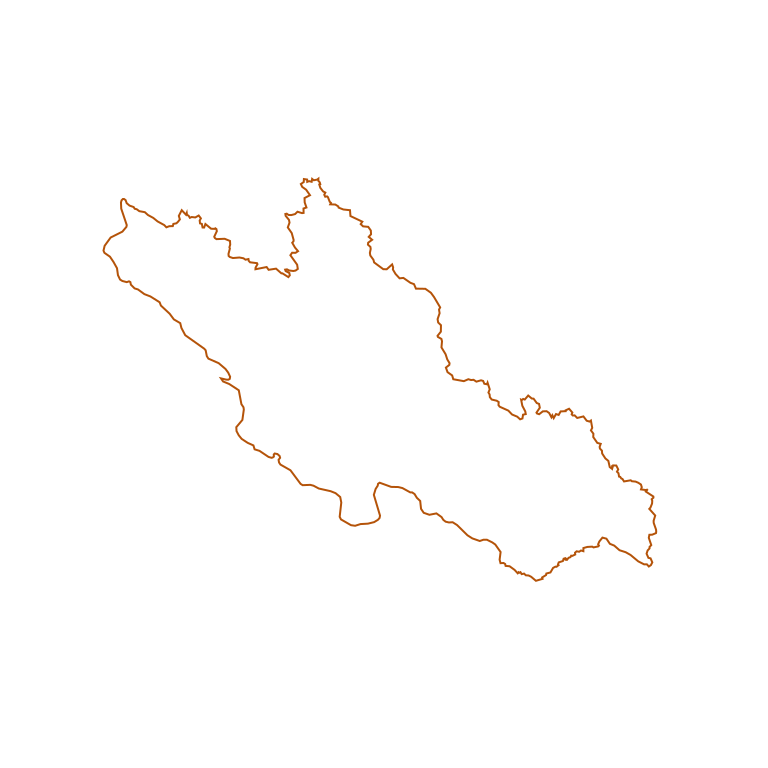 Hpapun, Kayin, Myanmar (orthographic projection), rotated 146°
{"feature_id": "60261553B97076149795033", "entity_name": "Hpapun", "entity_type": "district", "adm_level": 2, "iso_a3": "MMR", "parent_name": "Myanmar", "parent_adm1": "Kayin", "projection": "orthographic", "projection_center": [97.331, 18.069], "detail": "fine", "context": "isolated", "style": "outline", "palette": "amber", "viewbox_px": 768, "rotation_deg": 146, "n_neighbors": 0, "source": "geoboundaries", "source_scale": "gbopen_adm2", "svg_char_len": 6155}
<svg xmlns="http://www.w3.org/2000/svg" viewBox="0 0 768 768"><g transform="rotate(146 384 384)"><path d="M333.4,596.5L335.8,598.7L337.6,596.3L341.1,596.3L341.6,593.2L339.9,588.6L339.8,581.9L345.9,582.6L348.2,578.9L349.6,573.7L352.6,574.5L355.0,570.8L356.4,571.5L359.4,575.2L362.7,574.6L366.4,575.9L368.6,577.5L369.4,579.6L370.7,580.1L371.5,578.4L371.0,573.2L372.1,570.6L376.2,567.6L376.1,560.7L378.4,553.9L379.3,552.9L381.1,552.4L381.5,546.9L381.0,542.2L383.9,542.2L386.8,544.2L389.6,543.1L389.3,531.5L391.1,527.6L393.9,527.5L396.0,528.4L399.2,531.2L400.3,533.3L402.0,534.1L402.4,532.6L400.4,529.0L401.3,526.8L403.5,526.1L406.3,532.5L407.2,533.1L409.0,540.0L415.8,543.2L415.9,546.6L426.4,551.0L425.4,552.3L421.9,554.1L421.7,555.2L427.0,559.8L427.3,561.8L426.5,563.4L429.3,564.5L430.2,566.8L433.1,569.7L438.8,572.9L440.8,575.5L441.2,577.0L440.2,578.8L436.0,582.5L435.7,583.8L433.6,585.5L431.7,588.7L434.9,593.5L441.9,597.8L442.6,599.7L442.4,601.0L437.1,604.2L436.3,606.2L436.8,607.4L437.5,607.2L440.5,609.4L442.6,616.5L445.6,614.3L446.9,615.2L445.5,618.6L446.7,620.0L445.4,622.6L443.2,623.7L443.4,627.3L447.3,627.6L450.1,630.0L452.0,630.3L451.9,632.7L452.7,634.5L451.9,636.1L453.5,635.0L454.5,641.2L460.1,638.1L461.2,634.6L464.0,633.7L466.2,633.3L469.1,634.5L470.8,633.0L473.8,634.9L476.8,635.6L477.3,638.6L480.8,645.4L482.4,650.7L485.2,656.1L486.2,660.2L490.2,664.1L491.3,667.2L492.7,668.7L492.6,670.7L495.2,674.2L496.2,677.8L495.4,681.0L496.1,682.8L497.0,683.4L498.9,683.0L500.6,681.5L503.8,676.3L508.4,659.6L509.7,658.3L515.7,656.6L528.7,658.3L538.3,654.8L541.9,651.5L542.2,650.4L542.4,649.0L540.0,642.8L540.0,636.5L540.6,629.3L543.7,623.0L544.4,618.2L543.3,615.7L540.3,612.3L538.0,611.7L537.3,610.3L538.3,607.9L537.3,602.7L535.1,600.0L532.4,592.5L528.7,587.2L524.3,577.2L525.1,573.8L522.4,562.1L522.1,555.1L518.9,548.4L520.6,543.8L521.5,535.6L513.3,513.8L513.0,511.7L515.3,506.2L515.4,503.2L509.4,493.7L507.0,485.1L506.8,480.6L507.5,476.1L509.0,474.5L510.6,474.6L512.4,475.9L516.0,479.8L516.0,476.1L512.3,470.5L507.9,460.0L513.5,447.0L513.5,443.3L514.5,441.2L521.5,433.4L530.6,430.8L532.6,427.4L533.1,422.7L532.7,418.1L529.9,411.4L526.6,406.1L527.8,402.2L524.6,398.2L520.5,388.1L518.5,385.7L517.3,385.3L515.9,385.4L514.8,387.2L513.5,387.5L511.5,385.5L510.8,382.7L511.4,380.9L513.8,380.1L514.9,377.6L514.9,375.1L509.8,364.8L509.0,347.8L508.0,345.6L501.5,341.6L499.3,339.1L496.5,333.8L488.2,325.0L485.2,320.6L483.5,314.8L485.7,309.6L495.0,298.7L495.4,295.8L490.3,285.4L487.2,282.6L481.8,281.0L475.4,277.2L469.4,275.0L465.0,274.8L462.6,275.4L460.9,277.1L454.4,297.8L449.6,301.7L446.1,303.2L444.7,304.6L442.8,304.6L435.6,294.7L429.8,290.6L426.9,287.4L422.8,279.4L421.3,278.4L420.2,275.7L420.4,271.3L419.4,266.8L423.1,259.8L423.1,255.0L419.5,250.2L412.9,247.4L410.7,241.5L410.8,238.2L409.9,235.4L407.6,232.9L404.4,231.0L402.3,226.2L399.4,211.9L397.1,206.6L392.4,200.3L388.7,199.3L385.8,197.4L382.8,192.1L381.5,188.7L381.3,179.5L386.4,173.7L387.6,170.3L385.0,168.8L384.2,167.0L384.9,165.2L381.8,162.7L379.7,156.9L379.0,152.3L377.7,152.7L377.5,151.9L376.1,151.7L376.2,149.4L373.9,148.5L373.4,146.1L371.2,144.4L369.8,141.9L368.1,135.9L361.5,133.8L361.1,135.2L356.5,135.0L355.4,136.1L351.4,134.7L346.6,137.0L344.0,136.7L343.2,136.0L340.6,136.2L340.7,137.1L338.9,138.4L334.7,137.2L332.8,138.7L331.0,138.2L330.7,137.2L331.8,137.4L331.9,136.9L330.7,135.9L328.1,136.7L326.3,136.2L324.8,137.0L324.0,136.2L320.8,135.7L320.0,137.3L317.9,137.6L316.0,135.8L313.8,135.8L312.2,133.9L310.4,136.5L306.5,135.2L302.3,132.7L301.7,131.4L297.3,129.6L296.2,129.8L296.1,131.4L293.6,133.0L288.8,134.5L286.1,131.4L286.1,125.2L283.5,121.3L281.7,114.5L277.7,109.4L275.2,104.4L272.4,94.8L269.2,89.0L266.9,87.5L266.5,84.6L264.0,84.6L261.3,86.1L260.5,90.4L262.0,92.0L261.2,96.5L258.5,98.6L255.8,99.2L255.0,100.4L252.5,101.0L250.5,108.4L248.3,110.6L245.9,109.1L241.9,108.3L241.0,109.2L239.9,111.1L238.1,118.0L237.0,119.8L232.7,123.3L233.9,132.1L232.3,132.5L228.6,135.0L226.9,137.2L226.5,138.8L224.2,139.1L223.6,140.1L227.1,148.4L224.2,149.3L225.8,149.3L229.9,152.9L228.0,154.3L227.2,157.0L228.4,159.9L230.0,162.4L232.9,164.8L233.3,166.2L239.5,169.0L239.4,172.0L240.1,172.9L240.1,174.9L240.9,175.8L239.5,178.9L239.9,181.0L237.6,182.2L237.0,186.5L239.6,188.4L241.0,187.2L241.2,187.8L242.4,186.2L243.3,188.9L241.0,194.8L242.1,198.5L242.0,204.4L240.6,206.9L241.1,209.7L240.4,211.3L237.8,213.2L240.1,215.9L240.2,223.0L238.2,225.7L238.4,229.8L235.9,231.2L232.9,238.0L234.6,237.9L236.5,240.2L236.8,245.6L242.8,247.8L243.5,251.4L245.1,252.3L245.4,253.9L243.8,255.0L244.4,260.0L248.2,260.6L248.6,259.9L252.9,262.5L256.5,260.7L258.2,262.9L262.4,260.8L261.9,263.9L263.8,262.8L263.3,267.6L264.4,270.5L267.6,272.5L272.3,272.2L273.7,274.1L273.6,275.0L268.1,277.2L266.6,280.8L268.0,282.8L268.2,288.2L269.6,289.3L270.9,293.8L276.0,292.4L277.0,293.8L278.7,293.6L279.1,294.3L281.5,288.6L282.2,282.3L283.3,279.8L285.9,280.8L288.5,278.0L290.9,278.6L291.8,282.4L294.9,287.1L295.8,292.4L300.8,300.5L300.9,302.5L299.0,304.9L299.9,307.1L303.4,310.9L303.6,313.9L302.3,316.3L302.2,318.5L299.3,320.5L297.4,327.2L298.8,326.2L300.7,328.1L300.1,331.1L301.5,332.8L306.1,334.3L307.4,337.4L309.6,338.6L311.4,340.8L316.2,341.7L323.9,349.2L322.7,353.0L324.7,358.3L323.5,363.0L319.2,363.3L318.0,364.6L317.8,369.0L316.3,374.2L315.9,382.2L312.0,387.0L311.2,389.3L313.0,392.9L312.7,394.0L307.6,395.6L303.9,400.9L304.7,404.7L303.3,407.8L298.3,411.6L296.8,414.9L294.6,416.1L293.9,428.2L294.1,433.4L296.5,439.8L304.2,445.2L303.3,450.0L305.5,453.1L308.6,461.1L312.0,462.9L312.9,468.8L312.6,474.0L311.2,475.6L310.4,478.6L317.6,477.6L320.4,479.6L324.2,490.3L323.3,492.9L323.5,498.2L322.4,500.6L319.5,503.4L318.6,505.3L319.4,508.5L318.1,510.0L313.2,510.2L314.4,514.5L311.0,515.4L309.1,518.6L309.2,523.1L313.2,526.4L313.9,529.6L311.2,530.7L317.9,542.0L315.0,547.1L320.1,551.4L323.0,555.6L322.6,556.8L324.0,560.0L328.1,563.0L326.7,563.8L327.1,565.4L326.0,570.3L326.3,571.4L328.0,572.1L327.7,574.3L325.6,575.5L326.8,577.7L327.1,582.2L326.1,585.6L325.1,585.3L324.5,587.1L324.8,589.2L323.6,590.9L325.1,590.8L328.3,592.2L328.9,594.2L330.9,592.1L332.7,594.1L334.6,594.5L333.4,596.5Z" fill="none" stroke="#b45309" stroke-width="2"/></g></svg>